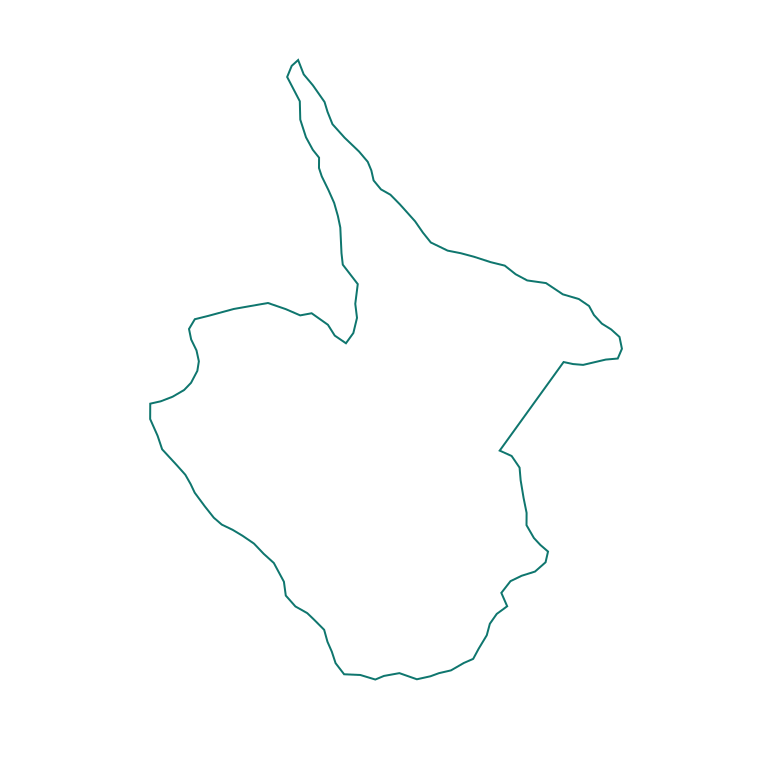 Cruzália, São Paulo, Brazil, rotated 285°
{"feature_id": "56859067B72115039029830", "entity_name": "Cruzália", "entity_type": "district", "adm_level": 2, "iso_a3": "BRA", "parent_name": "Brazil", "parent_adm1": "São Paulo", "projection": "robinson", "projection_center": [-50.755, -22.735], "detail": "fine", "context": "isolated", "style": "outline", "palette": "teal", "viewbox_px": 768, "rotation_deg": 285, "n_neighbors": 0, "source": "geoboundaries", "source_scale": "gbopen_adm2", "svg_char_len": 1795}
<svg xmlns="http://www.w3.org/2000/svg" viewBox="0 0 768 768"><g transform="rotate(285 384 384)"><path d="M674.7,217.2L667.4,212.5L655.5,211.0L635.3,229.5L617.7,234.7L602.1,244.8L591.8,254.6L585.8,262.7L575.8,265.3L568.5,270.1L557.0,280.1L546.0,289.0L534.3,296.0L523.8,301.3L499.3,309.1L488.6,313.3L479.2,325.6L473.7,332.8L454.0,335.5L440.9,340.8L425.3,341.2L413.5,336.7L418.0,323.9L426.7,314.5L433.6,295.8L428.6,285.3L430.9,269.7L432.2,250.9L424.4,234.1L417.6,219.5L404.3,196.6L397.6,184.5L386.7,181.4L377.1,186.2L367.9,194.2L358.0,199.3L348.4,200.3L335.2,197.3L326.5,192.5L317.0,183.1L309.5,172.8L304.5,163.3L289.6,167.2L275.4,178.7L263.5,186.6L251.8,205.1L244.9,215.6L237.2,223.2L230.0,229.3L219.5,242.5L210.8,254.2L206.2,263.7L203.9,275.8L200.7,286.9L196.2,299.7L188.8,311.8L182.6,323.9L167.1,338.5L154.2,343.9L146.2,356.0L142.8,369.2L138.4,377.2L131.1,389.8L120.4,396.1L111.9,402.9L101.8,409.5L93.3,420.6L96.8,436.4L96.3,452.1L102.0,459.5L108.7,473.7L107.3,492.2L113.7,504.5L118.9,511.9L124.7,522.8L135.2,533.3L141.6,541.3L153.0,544.0L167.9,548.3L179.8,548.3L191.1,552.4L201.2,560.5L212.6,551.4L226.3,557.2L234.4,566.6L241.9,578.4L253.6,586.2L264.6,585.8L269.0,576.7L274.0,568.7L284.5,558.2L296.4,555.1L310.1,548.3L326.4,540.9L338.3,536.6L347.5,525.9L349.6,513.0L451.7,551.8L452.2,561.5L454.0,571.4L458.3,579.4L465.0,591.9L469.1,603.2L479.6,604.7L490.4,599.3L495.5,589.3L498.7,578.8L505.0,568.9L512.4,561.9L516.5,550.2L516.9,533.5L523.4,514.4L521.1,495.5L524.1,482.7L529.6,470.0L529.3,455.4L530.2,437.9L530.2,424.3L529.3,410.9L532.8,392.6L540.3,382.4L549.2,371.9L561.6,352.9L568.5,341.2L571.2,330.7L577.9,321.3L587.0,316.5L594.4,310.8L602.1,299.7L611.7,282.2L621.6,267.0L632.3,259.0L641.0,253.6L654.1,238.0L662.3,226.3L674.7,217.2Z" fill="none" stroke="#0f766e" stroke-width="2"/></g></svg>